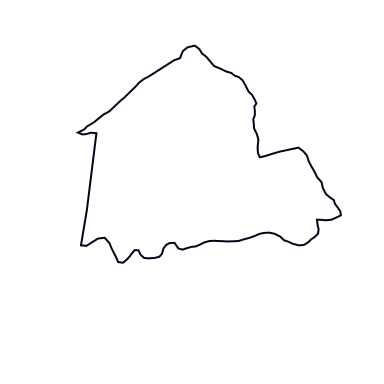 the district of Buriti do Tocantins, Tocantins, Brazil, rotated 314°
{"feature_id": "56859067B91064874874121", "entity_name": "Buriti do Tocantins", "entity_type": "district", "adm_level": 2, "iso_a3": "BRA", "parent_name": "Brazil", "parent_adm1": "Tocantins", "projection": "natural_earth1", "projection_center": [-48.13, -5.348], "detail": "fine", "context": "isolated", "style": "outline", "palette": "ink", "viewbox_px": 384, "rotation_deg": 314, "n_neighbors": 0, "source": "geoboundaries", "source_scale": "gbopen_adm2", "svg_char_len": 1717}
<svg xmlns="http://www.w3.org/2000/svg" viewBox="0 0 384 384"><g transform="rotate(314 192 192)"><path d="M278.6,315.3L281.0,312.3L282.1,307.6L282.7,303.3L284.7,299.6L283.9,295.1L283.6,289.5L285.8,283.3L289.1,278.3L289.5,272.0L291.9,265.4L293.4,259.8L295.2,254.7L298.1,249.2L298.6,243.9L297.9,237.8L281.6,226.8L276.1,223.7L268.9,219.8L264.1,216.7L265.8,212.4L270.0,207.9L275.8,203.4L278.7,198.5L280.8,192.6L284.2,188.8L286.9,185.5L290.7,184.0L293.9,181.0L296.8,177.4L300.5,176.8L302.2,172.4L303.5,167.9L303.6,162.9L305.5,157.2L307.5,151.1L307.2,146.0L305.3,141.8L304.9,137.5L302.3,132.6L300.2,126.1L297.9,120.3L298.6,114.3L299.2,108.1L298.6,103.2L299.9,97.8L299.2,92.3L292.8,88.2L286.8,87.6L279.9,90.4L274.3,87.6L245.7,80.8L239.6,78.8L233.8,78.0L228.6,78.2L212.4,77.7L208.4,77.2L192.5,76.5L186.2,74.5L173.7,73.0L166.2,70.9L162.3,71.0L155.5,68.7L157.3,73.2L160.3,75.8L164.3,78.0L167.9,82.4L105.7,129.1L76.5,149.2L80.0,153.5L93.2,156.7L98.4,161.0L97.9,168.1L95.8,172.8L94.0,177.8L92.5,182.3L90.3,187.5L93.2,191.5L97.3,192.0L101.7,192.0L106.4,191.4L110.3,191.1L112.9,194.0L111.2,198.5L111.3,203.4L113.9,206.6L118.3,210.7L122.7,213.5L126.6,213.3L131.7,210.7L136.0,210.2L139.6,211.3L143.3,214.8L141.9,221.5L144.1,225.3L147.6,227.1L151.7,229.4L155.5,232.5L159.5,234.2L164.4,235.9L168.7,238.5L172.0,241.5L175.0,245.0L178.1,248.4L180.9,251.7L185.0,255.7L188.9,259.4L193.8,262.1L199.1,265.3L203.8,267.6L208.5,269.5L212.7,272.3L216.5,275.9L219.3,280.4L221.2,286.3L221.2,291.7L223.1,295.7L224.9,300.7L228.1,306.3L231.8,309.3L236.3,310.5L240.7,310.6L245.0,311.5L249.6,311.6L253.0,309.1L255.6,305.2L258.9,301.1L262.1,304.7L264.7,308.0L269.0,311.6L274.0,313.6L278.6,315.3Z" fill="none" stroke="#020617" stroke-width="2"/></g></svg>